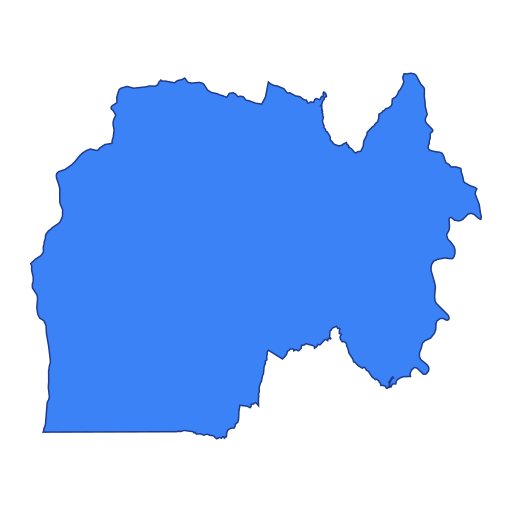 Trujillo, Valle del Cauca, Colombia
{"feature_id": "7082276B51151260265899", "entity_name": "Trujillo", "entity_type": "district", "adm_level": 2, "iso_a3": "COL", "parent_name": "Colombia", "parent_adm1": "Valle del Cauca", "projection": "equal_earth", "projection_center": [-76.307, 4.233], "detail": "fine", "context": "isolated", "style": "filled", "palette": "blue", "viewbox_px": 512, "rotation_deg": 0, "n_neighbors": 0, "source": "geoboundaries", "source_scale": "gbopen_adm2", "svg_char_len": 5982}
<svg xmlns="http://www.w3.org/2000/svg" viewBox="0 0 512 512"><path d="M436.7,303.8L435.1,301.2L434.6,296.1L435.4,287.1L434.6,282.6L431.1,270.6L431.1,266.9L431.6,264.5L433.7,261.2L437.4,259.4L444.9,257.9L449.3,258.6L452.5,258.6L453.9,256.9L454.9,253.8L455.0,249.9L454.0,246.5L450.5,241.8L447.9,239.2L446.7,235.5L446.9,234.0L448.9,230.4L449.3,228.5L449.5,226.2L449.0,218.8L449.9,217.7L451.3,217.4L454.6,220.2L458.6,220.9L460.7,220.5L463.0,219.2L467.8,214.3L471.0,213.3L474.4,214.6L477.7,217.6L480.4,219.4L481.0,219.1L481.3,216.5L480.5,213.6L479.3,204.8L475.2,194.0L475.5,191.7L476.8,188.8L474.6,187.2L470.5,185.9L464.6,182.6L463.7,181.5L462.8,176.9L461.3,172.0L461.0,169.0L460.5,168.3L456.1,166.9L451.0,166.9L449.2,164.6L445.8,162.6L443.7,156.2L442.7,154.1L441.8,153.1L439.7,152.2L435.8,151.8L431.1,150.7L428.8,149.5L428.2,147.7L428.2,146.4L428.5,144.9L429.3,143.6L429.2,141.4L430.2,138.2L430.2,133.4L432.1,131.9L432.8,130.7L432.5,129.5L426.3,123.1L425.3,120.9L425.4,118.4L427.2,114.6L425.2,106.1L425.0,101.2L424.3,96.8L424.4,89.0L423.9,87.7L420.6,83.9L416.2,75.5L414.5,74.0L410.8,73.2L406.8,74.0L404.1,73.7L402.7,77.4L403.8,82.1L402.3,85.9L400.3,89.5L398.8,91.1L397.6,94.1L396.4,96.1L395.2,97.3L392.3,99.0L392.0,103.8L391.3,105.8L388.4,108.0L385.9,108.6L384.3,110.4L383.0,110.9L382.1,112.3L378.9,114.3L378.8,117.6L377.6,122.0L376.6,122.5L375.0,124.2L374.3,125.7L372.3,126.9L367.1,132.4L366.9,134.9L363.8,141.0L363.2,146.3L361.2,150.5L360.5,151.3L357.6,151.8L355.7,153.0L354.1,152.0L351.9,149.2L349.2,147.2L348.7,146.1L348.4,146.6L348.0,145.1L347.0,144.3L346.4,142.5L343.3,144.0L342.3,145.0L339.0,145.9L335.1,144.7L333.3,143.5L332.5,142.1L330.3,140.0L330.2,137.2L329.7,135.8L327.2,131.9L325.9,131.2L325.4,129.4L323.8,127.3L324.0,125.6L323.2,124.0L322.4,120.9L323.5,117.2L322.9,116.4L322.7,113.7L321.9,112.7L322.6,111.7L321.7,110.3L322.3,109.9L321.8,108.9L321.8,105.9L320.6,105.7L321.8,104.3L322.7,101.0L324.3,99.1L324.2,98.1L325.3,96.8L326.3,96.8L326.5,96.3L325.8,93.9L325.0,93.5L324.9,92.5L323.8,92.0L323.0,93.4L323.4,95.1L322.8,96.7L321.6,96.4L319.7,99.7L316.1,98.5L314.8,99.4L313.7,102.2L312.8,102.4L310.7,101.8L309.1,102.9L307.9,103.1L307.2,102.5L307.0,101.0L306.4,100.1L304.0,99.8L299.8,96.6L295.4,95.9L289.7,92.7L287.9,93.2L286.7,92.4L283.9,88.7L277.1,85.9L274.4,85.6L270.7,84.0L268.4,82.0L265.5,96.9L261.7,104.1L255.5,103.2L249.3,100.8L246.0,100.2L243.2,96.7L240.2,96.2L237.8,96.7L235.7,94.2L233.4,92.8L229.9,93.2L229.0,93.8L227.1,96.8L226.3,97.2L221.9,95.4L219.4,94.9L217.4,93.7L211.4,92.5L207.7,90.2L203.7,84.1L202.0,83.0L199.2,82.4L192.0,83.1L189.2,82.7L187.4,81.9L185.2,78.5L184.4,78.1L182.3,79.5L177.4,80.6L174.4,82.8L165.5,81.1L162.0,81.1L160.9,80.0L158.9,82.2L157.8,84.7L155.4,86.2L149.0,86.0L146.0,86.9L133.6,88.2L127.1,86.4L120.7,88.3L119.1,89.7L117.4,94.8L116.7,98.0L117.0,101.4L116.6,102.9L112.1,105.8L111.0,107.6L111.4,109.1L113.0,110.4L115.6,114.6L115.4,116.1L113.7,119.6L113.1,122.2L113.1,124.9L114.0,129.3L114.0,130.9L113.2,137.3L112.2,140.2L112.0,143.4L105.0,144.5L99.7,148.0L98.4,149.7L96.7,150.5L90.3,149.0L86.3,150.6L82.4,153.1L79.6,155.8L74.8,161.8L71.7,164.8L65.0,169.5L58.6,171.7L56.9,173.3L56.3,175.1L56.5,178.0L58.8,184.7L59.7,188.4L59.8,202.0L60.4,204.5L62.6,209.5L62.5,216.3L60.1,221.9L58.2,223.7L52.0,227.8L50.8,229.3L48.6,230.7L46.4,233.5L45.5,235.5L45.3,238.6L44.2,241.9L44.1,244.3L43.3,246.7L43.4,251.5L43.1,252.7L41.0,255.6L35.5,259.1L30.7,263.7L31.6,265.4L31.7,270.6L33.2,276.9L33.2,281.6L32.3,284.2L32.4,287.9L36.9,294.8L37.6,297.8L36.8,307.9L37.8,314.2L39.8,318.2L43.8,320.6L46.0,325.5L46.4,333.3L48.6,345.9L50.3,360.0L50.3,363.0L49.4,365.6L48.6,371.6L48.7,381.5L48.3,387.4L49.4,397.0L48.6,399.8L47.2,402.4L45.5,424.0L44.8,426.7L43.8,428.7L43.8,430.3L43.1,432.1L176.6,431.7L179.0,431.1L179.3,431.5L180.7,431.5L184.1,430.4L193.1,431.7L194.1,432.9L195.2,432.3L196.3,434.1L200.2,433.8L204.0,435.2L206.5,434.2L207.8,434.3L209.5,435.2L213.9,435.9L215.2,437.7L216.8,438.8L219.3,437.6L221.6,438.1L222.8,436.5L223.6,436.7L224.3,438.2L225.5,436.9L226.4,436.8L226.7,432.7L228.0,429.9L230.9,428.2L234.4,428.0L235.7,423.9L237.8,422.2L238.6,419.1L238.9,411.3L239.9,405.3L247.2,406.2L250.1,407.7L251.0,406.6L251.2,404.2L253.6,404.0L255.4,402.6L256.1,402.8L258.5,405.7L258.4,398.5L258.8,396.7L258.5,394.2L259.3,391.4L259.2,387.1L260.4,383.2L261.5,381.2L262.4,376.1L263.5,373.3L264.1,366.6L265.4,363.4L265.3,361.0L266.7,360.1L266.9,359.4L266.7,356.2L267.3,354.0L267.0,352.3L268.4,350.2L282.5,359.0L285.7,355.7L286.9,353.6L287.3,351.3L289.2,350.2L290.2,349.0L293.1,349.0L293.7,349.7L293.8,350.8L296.1,349.6L298.0,350.8L298.8,350.7L301.1,348.4L301.5,345.4L304.3,345.0L305.9,343.7L313.4,345.7L314.4,346.5L314.5,348.2L316.6,346.9L317.8,344.4L319.9,344.9L325.0,339.6L326.4,339.7L327.7,340.7L328.2,338.3L330.6,339.0L330.8,338.5L329.7,337.2L329.9,331.0L331.1,330.3L332.2,328.2L336.5,326.3L337.8,328.5L339.4,328.3L339.9,328.7L339.3,331.4L339.3,333.6L341.1,333.8L341.4,334.3L340.0,337.0L340.5,339.4L342.3,341.8L344.3,341.7L346.4,343.4L346.7,346.0L347.9,348.5L349.0,353.2L352.8,359.0L353.7,362.0L354.8,362.1L357.8,365.4L362.3,368.2L364.0,367.3L364.7,367.4L366.6,370.4L368.3,371.2L372.1,377.0L375.5,379.7L376.9,379.2L379.1,381.3L379.4,382.4L380.3,382.9L380.9,385.5L382.2,385.3L385.3,386.2L385.7,386.4L386.2,388.1L387.3,388.4L388.2,387.1L389.1,387.4L389.4,383.4L388.7,382.1L389.8,381.3L391.7,377.7L392.8,376.9L393.4,377.5L393.3,378.0L392.5,378.1L390.9,380.5L390.0,382.8L389.5,386.3L389.9,386.3L389.8,387.1L391.2,386.8L391.6,385.3L393.0,383.9L395.8,383.9L396.2,381.5L397.1,379.9L400.2,377.9L403.3,376.7L410.5,376.5L410.1,374.3L410.4,372.6L411.4,370.3L413.9,367.8L415.8,367.6L417.2,368.3L423.3,374.2L425.6,374.2L426.7,373.4L428.6,370.8L428.9,368.0L428.1,366.2L426.8,364.5L420.8,359.6L419.5,357.0L419.4,353.9L419.8,351.8L421.0,349.0L422.5,343.1L425.0,340.7L430.6,338.1L434.4,333.2L435.7,329.7L436.1,323.0L436.9,321.0L440.3,318.5L442.9,318.4L446.9,320.3L448.7,319.5L449.1,318.1L448.5,315.8L447.0,314.0L436.7,303.8Z" fill="#3b82f6" stroke="#1e3a8a" stroke-width="1.5"/></svg>